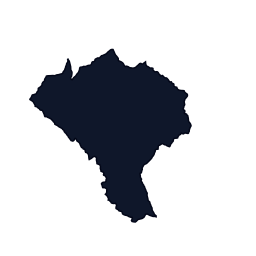 Nubi, Tongsa, Bhutan (Mercator projection), rotated 148°
{"feature_id": "84629894B54102574648684", "entity_name": "Nubi", "entity_type": "district", "adm_level": 2, "iso_a3": "BTN", "parent_name": "Bhutan", "parent_adm1": "Tongsa", "projection": "mercator", "projection_center": [90.45, 27.625], "detail": "fine", "context": "isolated", "style": "filled", "palette": "ink", "viewbox_px": 256, "rotation_deg": 148, "n_neighbors": 0, "source": "geoboundaries", "source_scale": "gbopen_adm2", "svg_char_len": 5823}
<svg xmlns="http://www.w3.org/2000/svg" viewBox="0 0 256 256"><g transform="rotate(148 128 128)"><path d="M151.2,37.8L150.7,38.7L151.4,40.7L151.1,42.5L151.1,44.9L150.9,45.9L150.0,47.5L149.9,49.4L149.5,50.9L149.4,52.2L148.8,53.7L149.4,55.7L148.5,57.9L147.6,60.7L147.2,61.4L146.5,62.2L146.2,62.9L146.2,64.5L145.7,66.5L145.6,67.9L145.1,69.6L145.2,70.1L145.2,70.9L145.0,71.4L145.2,72.4L144.9,74.0L144.9,76.4L143.7,77.4L143.6,77.6L143.8,78.4L143.6,79.1L143.5,79.9L142.7,81.3L142.5,82.0L141.9,83.2L140.9,83.0L140.4,83.0L138.5,84.9L138.0,85.1L137.1,86.7L134.1,88.3L133.3,88.4L131.2,88.1L130.5,88.2L125.4,89.4L123.4,90.1L122.6,90.8L121.3,91.0L119.5,92.1L119.0,92.7L117.4,93.7L116.5,94.9L115.7,95.0L113.7,94.2L112.4,96.0L111.8,96.6L111.4,96.9L109.9,96.6L107.8,96.7L107.0,96.4L106.7,96.1L106.0,94.6L104.8,93.5L104.4,92.3L102.8,90.2L102.3,90.2L101.8,90.5L100.1,91.8L99.1,92.0L97.7,92.7L97.0,92.7L95.0,94.6L94.5,94.8L94.0,94.7L92.7,93.9L91.2,93.3L90.0,94.3L89.0,94.6L88.3,95.0L86.8,94.7L85.9,95.5L85.7,95.5L85.3,95.3L84.8,94.3L84.2,93.7L83.7,93.6L83.0,93.8L82.5,93.6L81.8,93.2L80.4,91.9L80.0,91.6L79.5,91.6L78.9,92.2L78.0,92.6L77.0,93.9L75.0,95.5L73.7,96.2L73.3,96.6L72.9,98.1L72.9,100.0L73.1,101.0L73.0,101.8L71.7,104.4L70.8,106.9L71.2,107.8L71.0,108.6L71.5,109.5L72.2,109.8L72.4,110.9L71.7,111.2L70.8,112.2L70.7,113.0L71.2,113.9L71.2,114.7L71.0,115.1L70.8,115.4L70.2,115.6L69.1,116.8L68.0,117.4L67.6,117.7L67.3,118.2L67.2,118.7L66.3,120.9L65.6,121.2L64.7,122.2L62.0,123.1L60.8,123.6L60.1,124.4L59.9,125.2L60.0,125.9L60.5,126.8L60.8,127.9L60.9,128.6L60.7,129.9L61.1,130.3L62.6,131.3L64.2,132.6L64.9,133.5L65.2,134.1L65.4,134.9L65.1,136.8L66.1,137.6L66.8,139.0L66.7,139.5L65.9,140.9L66.1,141.6L66.6,141.8L66.7,142.1L66.9,142.9L66.8,143.9L66.8,144.2L67.8,144.7L68.3,145.2L68.3,147.4L68.6,149.4L68.9,150.1L70.0,150.9L70.3,151.3L70.9,154.2L71.3,154.5L72.4,154.5L72.8,154.8L72.9,155.0L72.7,156.3L73.2,157.5L73.0,158.6L73.2,159.9L73.9,160.6L75.4,161.3L75.7,161.7L76.0,164.0L75.9,164.6L75.3,165.2L75.3,165.4L76.0,166.3L76.7,166.5L77.5,167.2L78.7,169.8L79.4,170.7L79.4,171.2L79.1,172.8L78.1,174.8L82.0,174.5L82.4,174.9L82.8,175.9L83.2,176.2L84.0,176.4L85.5,176.1L86.8,175.8L87.9,175.7L89.1,175.4L90.9,175.6L92.8,176.6L93.3,177.2L94.5,178.1L94.8,178.6L95.3,179.8L96.1,180.8L96.9,181.5L97.5,181.4L98.0,181.8L98.1,182.3L97.9,184.7L98.0,186.0L98.6,187.5L100.2,189.9L100.4,190.4L100.3,190.7L99.5,192.0L99.4,192.5L99.6,194.9L99.9,196.4L99.8,198.0L99.5,199.6L99.3,201.3L99.1,202.4L99.2,202.7L99.9,202.9L100.5,203.4L101.6,203.5L102.9,203.2L104.2,203.2L105.9,202.7L107.0,202.6L107.7,202.4L109.3,202.7L111.1,202.9L112.1,203.3L113.9,202.9L114.8,202.5L115.3,202.6L116.6,203.5L119.2,203.7L119.7,203.5L120.4,202.7L121.0,202.4L122.0,202.4L123.0,202.9L123.7,202.8L125.5,201.3L126.3,201.2L127.3,201.5L128.7,202.2L131.3,202.6L133.1,203.8L134.3,203.9L136.0,204.7L136.5,204.8L137.2,204.4L138.4,203.0L140.7,201.3L142.2,201.0L144.9,199.8L147.2,199.5L148.5,199.1L149.1,198.5L149.6,198.5L150.4,199.2L150.1,201.0L149.9,201.2L148.6,201.7L147.4,203.0L146.3,204.4L145.9,205.2L145.8,206.0L145.7,207.6L144.1,210.5L142.5,215.4L142.4,216.2L142.5,217.5L142.4,218.2L142.8,218.2L143.2,217.0L144.0,216.0L145.9,215.1L146.8,214.1L148.3,213.1L149.0,212.3L150.3,211.4L150.8,210.8L153.5,209.8L154.2,209.0L154.4,209.0L155.7,209.1L156.9,209.6L158.0,209.8L160.6,210.9L161.1,211.0L161.6,210.9L162.1,211.0L164.2,212.5L165.4,213.1L168.4,214.8L169.4,215.2L169.9,215.2L170.6,214.5L171.9,214.0L172.8,213.5L173.3,212.9L173.7,212.2L176.0,211.9L177.6,210.9L177.9,210.5L178.1,210.0L178.5,209.7L179.8,209.5L180.3,209.3L182.9,209.2L183.1,209.1L184.0,207.8L184.2,207.3L185.7,206.9L187.5,205.8L188.0,205.7L189.0,205.9L189.8,206.2L190.5,206.2L191.5,206.7L191.9,206.6L194.0,205.1L195.6,204.6L196.1,204.1L194.8,201.4L194.5,200.4L194.7,196.2L195.2,195.8L195.2,195.5L194.4,194.7L193.7,193.6L193.7,193.0L193.5,192.3L193.0,191.8L193.0,190.2L192.7,189.6L192.1,189.0L191.6,188.8L191.3,187.9L191.9,183.7L192.4,182.2L192.3,181.5L191.5,181.2L191.0,180.7L190.4,179.5L189.1,177.7L188.9,177.1L188.4,176.3L188.2,174.8L187.9,174.2L188.0,173.1L187.6,171.9L187.5,171.2L188.0,170.2L188.0,169.9L187.5,169.0L186.4,167.3L186.2,166.2L184.1,162.4L184.1,161.2L183.7,160.5L183.6,159.7L183.6,159.4L184.0,158.8L183.8,157.7L183.7,156.8L183.2,156.3L183.5,155.1L183.1,152.7L183.3,152.0L183.1,150.3L182.9,147.4L182.2,146.8L182.0,146.4L181.6,146.1L180.3,146.2L178.7,147.2L178.2,147.1L178.0,146.6L177.9,145.2L178.1,143.8L177.9,143.6L177.1,141.5L177.1,140.5L177.5,138.3L177.7,136.1L177.0,135.3L177.0,133.8L176.2,133.3L176.1,132.9L176.1,131.9L176.6,130.9L176.8,129.8L175.7,128.4L175.6,126.9L175.9,125.6L177.5,122.3L177.6,121.8L175.1,121.7L173.0,122.0L172.2,121.9L171.4,121.6L171.1,121.3L170.8,120.7L170.5,119.7L170.6,119.2L171.8,117.5L172.6,115.3L173.2,114.2L171.4,111.7L171.6,110.3L172.0,109.6L173.0,108.2L173.4,106.4L173.8,105.8L173.8,105.5L173.4,105.1L172.3,103.4L172.5,102.3L173.6,101.3L173.6,100.7L173.0,100.1L172.8,99.6L172.7,97.7L172.8,96.9L173.0,96.5L174.1,95.7L174.6,95.0L174.8,94.4L175.3,94.3L176.6,94.4L177.1,94.8L178.6,95.3L179.1,95.2L180.1,94.7L180.3,93.4L181.0,91.0L180.9,90.6L180.2,90.3L179.1,89.4L178.7,88.6L178.4,87.3L178.7,86.7L179.2,86.2L179.8,85.2L180.3,84.7L181.0,84.0L182.3,83.8L181.7,81.6L181.7,80.7L181.8,79.6L181.7,79.0L182.9,77.3L182.6,77.2L182.3,76.7L181.7,74.3L181.8,73.4L181.6,73.0L180.9,72.2L179.9,71.4L178.6,70.9L178.4,69.9L178.8,68.2L179.8,67.5L180.3,66.9L180.8,66.0L179.7,64.0L179.5,63.3L179.6,62.9L179.5,62.5L178.4,61.3L177.9,61.0L177.7,60.6L177.6,59.4L177.8,59.0L178.1,58.1L177.5,56.8L176.6,55.6L175.1,54.2L174.0,52.1L172.7,50.6L171.8,49.9L172.7,48.6L174.1,47.7L174.1,46.6L172.9,45.4L171.6,44.4L170.4,44.5L168.0,45.1L164.1,43.8L161.9,43.8L160.0,44.8L159.4,45.2L158.4,45.5L157.9,45.1L157.2,44.8L155.9,42.5L153.7,39.8L152.2,38.8L151.2,37.8Z" fill="#0f172a" stroke="#020617" stroke-width="1.5"/></g></svg>